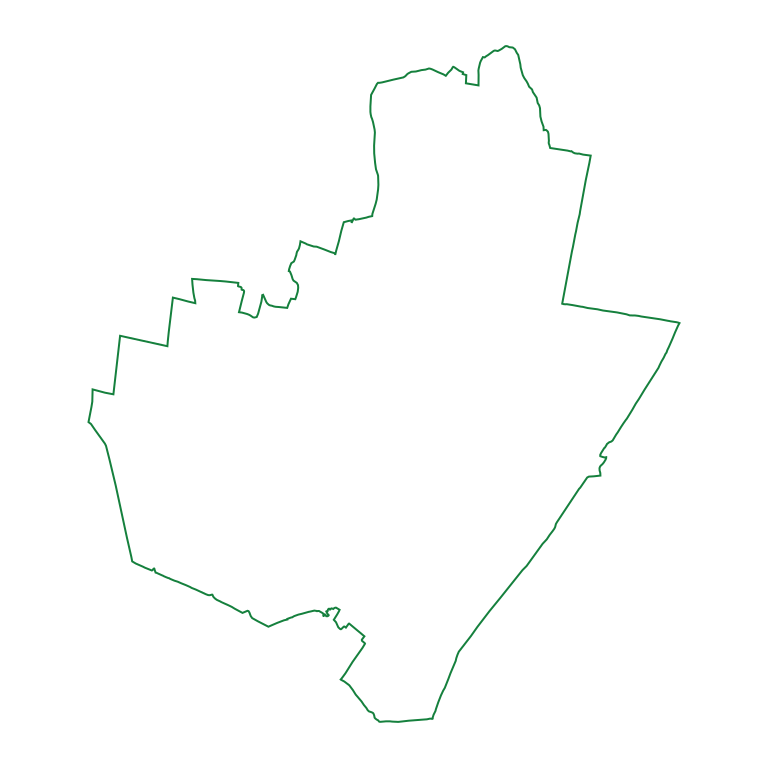 the district of Balacita, Mehedinti, Romania, rotated 90°
{"feature_id": "2599482B9762255986035", "entity_name": "Balacita", "entity_type": "district", "adm_level": 2, "iso_a3": "ROU", "parent_name": "Romania", "parent_adm1": "Mehedinti", "projection": "natural_earth1", "projection_center": [23.124, 44.377], "detail": "fine", "context": "isolated", "style": "outline", "palette": "green", "viewbox_px": 768, "rotation_deg": 90, "n_neighbors": 0, "source": "geoboundaries", "source_scale": "gbopen_adm2", "svg_char_len": 6088}
<svg xmlns="http://www.w3.org/2000/svg" viewBox="0 0 768 768"><g transform="rotate(90 384 384)"><path d="M561.4,635.8L563.5,632.3L566.8,624.8L567.6,623.3L570.5,616.1L570.1,615.5L568.7,614.4L568.5,613.9L568.8,613.6L569.8,613.4L572.6,612.4L572.6,612.0L575.4,605.8L575.6,605.2L576.1,604.4L577.2,601.9L578.1,599.6L578.2,598.9L578.9,597.8L580.7,593.5L581.7,590.3L583.3,586.7L585.1,582.2L587.0,577.9L587.9,576.4L589.6,572.1L594.2,562.2L595.1,559.8L595.2,558.2L594.6,555.9L594.7,555.6L596.7,554.7L597.5,554.0L598.6,552.9L599.9,551.1L601.7,547.2L602.0,546.9L605.3,539.5L606.9,536.2L608.7,533.3L612.9,525.5L610.8,520.5L611.1,519.5L612.5,518.6L616.0,517.3L618.1,515.8L621.3,510.1L626.7,499.6L622.9,490.8L620.3,484.0L619.5,480.6L618.9,480.7L617.9,478.0L617.4,476.6L617.4,476.0L616.1,473.8L614.6,469.6L613.8,466.2L611.8,459.1L611.7,458.4L610.6,453.7L610.9,451.7L611.2,451.0L611.0,450.3L611.0,449.0L613.2,445.2L614.0,444.6L615.6,444.7L616.0,444.5L616.0,444.3L614.9,443.8L614.4,443.2L616.2,441.7L616.2,440.4L615.6,439.5L615.2,439.3L614.6,439.7L614.0,440.5L611.4,441.7L611.2,441.4L611.2,440.4L609.5,440.0L608.8,439.3L608.7,438.9L609.0,438.4L609.6,438.0L609.5,437.7L608.6,437.0L608.4,436.5L608.6,435.6L609.0,434.8L608.0,433.6L607.7,432.7L607.7,431.9L609.8,428.4L611.2,429.0L614.4,430.8L619.8,434.2L622.2,432.0L627.3,429.7L628.9,428.0L629.2,427.4L629.2,427.0L628.8,426.4L626.8,424.4L626.5,423.9L626.6,423.4L627.6,422.1L623.7,419.3L623.6,418.8L636.3,403.6L639.6,406.1L640.0,406.2L640.8,406.0L643.1,403.3L643.7,403.0L648.0,405.6L662.0,415.5L673.2,422.5L676.9,425.2L679.1,426.9L679.5,427.3L679.7,427.1L681.5,423.7L685.3,418.7L690.1,415.1L694.6,412.3L701.4,406.5L705.0,404.1L708.0,401.6L710.2,400.3L711.4,399.0L712.2,396.6L712.7,395.5L713.2,394.8L713.9,394.4L715.5,393.8L717.7,393.4L718.5,392.7L719.6,391.3L720.4,389.8L721.5,389.0L721.8,388.2L721.8,387.3L721.3,381.6L721.3,379.5L721.3,378.3L721.6,375.8L721.9,369.7L720.7,359.2L719.3,341.0L718.7,338.3L718.7,336.1L718.9,335.9L718.6,335.3L717.6,335.3L714.7,334.4L710.9,332.5L709.2,332.1L702.2,329.7L695.3,327.0L690.6,324.8L687.9,323.2L679.1,319.7L673.2,317.5L660.9,312.3L658.2,311.7L654.7,310.5L651.7,309.2L636.1,297.1L626.9,290.6L611.1,278.5L597.9,267.7L570.1,245.5L566.0,241.4L543.8,225.4L539.3,221.2L535.0,218.4L531.0,215.3L528.6,213.6L526.9,212.8L524.0,212.1L522.1,211.0L488.8,188.9L487.7,187.8L477.5,180.8L476.6,179.1L476.3,174.0L475.6,167.6L473.0,167.7L470.5,168.4L468.1,168.5L466.5,167.9L465.4,167.0L464.3,165.7L462.5,164.2L459.6,162.4L458.0,161.8L457.2,161.8L457.5,163.3L457.0,165.3L456.2,167.7L455.0,167.8L453.2,167.0L448.1,163.8L447.6,163.1L445.5,161.8L444.0,161.0L442.2,158.7L441.8,157.3L441.4,156.5L440.4,155.3L434.5,151.8L432.4,150.3L427.2,147.1L423.4,144.6L419.7,142.0L418.9,141.3L409.8,135.7L403.6,132.2L399.0,129.1L389.4,123.3L367.8,109.5L365.7,108.6L361.6,106.6L357.7,104.3L353.9,102.5L352.6,101.5L350.2,100.7L346.9,99.1L338.7,95.5L332.3,92.9L325.6,89.9L323.1,88.5L322.7,89.5L322.2,91.5L321.3,97.5L321.0,98.8L320.8,100.1L319.3,107.7L316.5,126.7L315.9,129.5L315.5,132.8L315.4,138.2L314.3,141.5L312.4,151.1L310.5,165.1L309.3,170.5L308.0,180.4L306.8,185.5L306.7,186.8L305.1,195.4L304.2,201.2L304.3,202.6L304.1,204.5L303.7,205.8L251.1,196.0L247.1,195.1L234.4,192.7L231.4,192.0L222.8,190.4L214.2,188.3L211.3,187.9L180.0,182.2L162.8,178.6L155.6,177.3L154.6,184.9L153.6,188.8L153.6,189.8L153.7,190.3L153.3,193.1L152.6,194.7L151.2,196.5L151.3,196.7L151.3,197.6L150.6,200.5L148.0,217.8L144.4,218.8L143.9,219.1L142.8,219.3L140.8,219.1L133.9,219.5L131.9,220.0L131.1,220.6L130.3,221.5L129.9,222.1L130.2,224.3L126.7,224.5L121.5,226.4L116.6,227.6L108.2,228.0L105.4,228.8L103.0,230.3L97.6,231.4L92.1,235.1L89.9,235.8L89.3,236.1L86.7,238.9L83.8,240.1L81.4,241.4L78.1,243.7L75.2,245.2L67.7,247.3L64.2,247.7L54.9,249.8L52.9,251.2L49.3,253.0L47.7,255.0L47.5,255.5L47.2,258.7L46.5,260.0L46.1,261.2L46.2,262.7L48.9,266.3L50.7,269.5L51.0,270.3L50.5,272.8L50.6,273.7L51.1,274.6L55.3,280.3L56.1,281.7L57.4,283.3L57.1,285.1L61.0,287.2L62.7,287.9L68.6,289.3L70.5,289.6L74.9,289.4L85.4,289.5L83.3,302.1L75.1,301.7L74.0,305.3L72.3,304.9L71.1,308.0L70.7,308.8L67.3,313.6L66.8,314.8L67.3,315.3L69.6,316.6L72.7,319.8L75.8,322.2L74.4,324.5L72.1,330.0L69.5,335.5L68.8,337.4L68.5,339.0L69.6,342.5L70.1,346.5L71.5,352.1L71.8,356.7L73.4,359.7L74.1,360.7L76.2,362.7L77.4,364.6L79.6,374.5L82.4,385.9L82.8,388.4L82.8,390.0L84.0,391.1L88.3,393.3L94.9,396.9L106.4,397.6L111.9,397.6L114.3,397.3L117.1,396.7L118.7,396.0L122.0,395.0L129.6,393.4L132.5,393.1L145.5,393.9L153.4,393.8L162.9,392.9L169.3,392.0L174.6,390.2L175.8,389.9L184.9,389.6L189.4,389.9L199.6,391.3L203.9,392.4L213.9,395.6L216.1,395.8L216.8,399.2L217.6,401.7L219.2,409.1L219.5,411.3L219.7,412.2L219.7,412.6L218.5,413.8L218.5,414.3L222.9,416.4L220.4,416.4L221.0,419.7L222.2,424.2L230.9,426.7L241.1,429.1L250.6,431.8L254.9,432.8L253.8,433.0L253.1,433.7L252.1,437.1L249.5,443.7L246.7,451.3L246.5,454.3L244.3,461.1L243.6,462.2L241.3,467.5L245.0,468.1L248.4,469.0L249.6,469.6L251.8,471.0L253.8,471.5L255.1,471.7L259.7,473.3L261.5,474.1L263.2,476.7L266.1,477.9L269.3,478.9L271.1,479.2L271.5,478.1L272.6,477.6L275.3,476.5L279.0,475.4L280.6,474.5L282.9,471.2L285.1,470.0L287.8,469.8L291.8,470.3L296.7,471.8L299.2,472.7L298.7,477.0L304.1,479.5L307.9,480.8L307.0,489.3L306.8,492.3L306.4,494.3L305.8,495.9L305.4,497.8L305.1,498.7L304.5,499.5L303.2,500.9L302.0,501.7L294.8,504.9L295.2,505.8L296.3,505.8L301.6,506.6L313.7,509.9L317.0,511.3L317.5,513.2L317.5,514.1L317.3,515.0L315.5,517.6L314.7,519.1L314.0,520.9L312.6,526.0L312.2,529.0L300.8,526.2L292.9,524.1L291.4,523.9L290.6,524.1L290.1,524.6L289.8,526.1L289.6,526.4L288.0,526.4L287.3,526.8L286.9,527.5L286.4,529.6L286.1,530.0L282.9,529.7L281.5,542.2L281.0,548.0L280.1,561.7L279.2,571.1L278.9,575.9L284.7,575.5L292.7,574.6L298.2,573.6L300.5,572.9L303.2,572.7L301.5,579.9L299.2,588.4L297.6,595.1L331.6,599.2L341.1,600.2L346.2,600.6L335.8,647.9L394.3,654.6L392.7,663.0L389.4,675.4L401.7,675.7L407.2,676.6L422.1,679.5L424.0,677.0L430.0,672.9L443.6,663.1L445.8,662.0L459.2,658.6L485.5,652.3L537.5,641.1L557.2,636.6L561.4,635.8Z" fill="none" stroke="#15803d" stroke-width="2"/></g></svg>